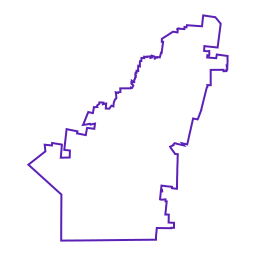 outline of José María Morelos, Quintana Roo, Mexico
{"feature_id": "50627088B89953909022202", "entity_name": "José María Morelos", "entity_type": "district", "adm_level": 2, "iso_a3": "MEX", "parent_name": "Mexico", "parent_adm1": "Quintana Roo", "projection": "albers", "projection_center": [-88.782, 19.708], "detail": "fine", "context": "isolated", "style": "outline", "palette": "violet", "viewbox_px": 256, "rotation_deg": 0, "n_neighbors": 0, "source": "geoboundaries", "source_scale": "gbopen_adm2", "svg_char_len": 4369}
<svg xmlns="http://www.w3.org/2000/svg" viewBox="0 0 256 256"><path d="M61.2,240.6L87.7,240.4L134.0,239.9L136.8,239.9L143.8,239.8L145.9,239.8L156.0,239.7L156.0,236.1L156.5,231.5L156.8,228.0L171.1,228.2L171.1,227.8L174.0,227.8L174.0,222.8L171.0,222.7L168.6,222.5L168.8,214.6L165.3,214.5L165.9,209.7L166.1,207.3L166.5,203.4L166.7,201.4L165.5,201.3L165.5,199.4L161.2,199.7L160.4,199.4L160.0,199.3L160.6,194.0L160.8,191.5L162.2,191.4L162.1,189.9L161.0,190.0L161.5,185.6L167.6,186.4L172.0,186.8L171.9,188.2L176.9,188.8L177.0,186.3L177.0,184.1L177.1,179.9L177.1,177.6L177.2,175.4L177.3,171.7L177.3,168.9L177.6,161.0L177.6,159.2L177.6,158.4L177.8,154.2L175.1,154.0L175.0,153.8L174.9,153.6L170.5,147.5L170.5,147.4L170.1,146.7L173.4,145.2L173.2,144.7L174.6,143.2L175.1,143.4L176.3,143.5L176.5,143.7L176.8,143.8L183.9,145.4L182.2,143.3L187.2,144.4L188.2,140.3L188.9,137.0L193.1,118.5L197.6,119.4L198.6,117.1L198.7,116.7L198.8,116.6L200.0,113.4L201.0,110.7L201.2,110.4L201.3,110.2L201.2,110.0L201.2,109.9L201.2,109.7L201.3,109.5L201.3,109.4L206.7,87.8L207.4,87.0L207.3,85.1L210.7,85.2L210.7,84.1L210.7,76.2L210.7,69.9L223.5,69.8L223.5,70.9L223.5,71.2L226.4,71.1L226.4,69.7L227.2,69.7L227.3,66.7L226.8,66.7L226.6,65.3L227.4,65.2L227.6,60.4L227.5,58.4L227.6,56.0L223.3,55.4L216.8,54.5L216.2,58.2L207.2,57.5L207.4,55.2L209.1,55.5L209.4,54.0L209.2,51.0L208.3,51.2L206.2,51.2L205.0,51.0L204.1,50.9L204.1,50.4L204.4,46.1L205.0,46.2L217.6,47.5L220.7,23.7L218.2,20.7L217.7,20.0L215.3,17.2L203.2,15.4L202.8,18.9L202.0,26.3L186.9,25.2L186.5,27.3L184.5,27.0L184.4,29.1L179.0,28.7L178.9,28.4L178.2,28.4L177.2,29.0L177.2,29.3L177.7,30.0L177.5,32.4L173.0,31.7L161.9,38.8L161.8,39.7L161.8,41.8L163.1,41.8L162.8,44.0L162.7,45.0L162.5,46.3L162.2,48.6L161.6,53.0L161.0,52.8L160.4,55.2L159.8,57.4L158.6,57.2L157.1,57.0L156.9,57.7L155.8,57.4L154.9,58.7L154.6,58.6L154.8,56.8L154.0,56.4L151.9,55.7L151.9,56.1L152.3,56.3L152.5,56.5L152.4,56.9L152.2,57.2L152.1,57.3L151.8,57.6L151.6,57.6L151.1,57.7L150.7,57.8L150.4,57.9L150.4,57.6L150.4,57.4L150.4,56.9L150.5,56.7L150.5,56.3L148.9,56.5L148.7,56.5L148.2,56.5L147.8,56.6L147.1,56.6L147.1,57.0L146.8,57.0L146.7,57.0L146.3,56.9L145.3,56.8L144.1,56.7L144.1,57.2L144.1,57.6L144.2,58.1L142.8,58.0L141.5,57.9L141.4,59.5L141.3,61.0L140.2,60.9L140.1,61.1L140.0,61.5L139.9,61.7L139.9,62.1L139.9,62.7L139.9,63.0L139.9,63.4L139.9,63.5L139.9,64.0L139.9,64.7L139.9,65.3L139.9,65.7L139.9,65.9L139.9,66.2L139.9,66.4L139.6,66.3L139.4,66.2L138.8,66.0L138.5,65.8L138.3,65.7L138.2,66.0L138.2,66.4L138.1,66.6L138.1,66.8L138.2,71.0L136.6,70.7L136.5,72.8L135.6,72.7L135.3,75.0L135.9,75.3L135.7,76.9L135.7,77.2L135.1,77.3L134.9,79.0L134.3,79.6L134.2,82.2L133.9,82.3L133.4,81.9L132.8,82.3L132.5,82.1L132.7,81.3L131.8,80.7L131.8,80.8L131.4,81.8L131.8,82.2L131.6,82.7L131.4,83.1L131.3,83.6L132.4,84.6L133.3,85.5L132.6,87.0L132.1,87.9L130.8,87.5L130.6,88.2L130.6,88.3L129.1,88.3L127.8,88.3L127.2,88.3L125.9,88.3L125.0,88.3L124.0,88.3L123.2,88.4L122.4,88.3L120.2,88.4L120.2,88.8L120.3,89.2L120.3,89.9L120.4,90.3L120.4,91.2L120.4,92.0L117.9,92.4L117.9,92.9L115.7,92.3L115.8,93.0L116.1,94.5L116.2,96.3L116.4,98.0L115.9,98.8L115.4,99.0L115.1,99.4L114.9,99.7L114.7,100.3L114.0,101.8L113.7,103.4L113.5,105.3L113.4,106.4L111.4,105.7L110.9,106.4L109.9,107.9L109.3,108.7L108.8,108.7L105.8,108.5L105.9,106.9L106.2,103.5L103.0,104.2L103.4,102.7L102.8,102.7L101.6,102.5L99.7,102.4L99.4,102.4L99.1,104.1L97.9,104.9L97.3,105.3L97.2,105.4L97.2,105.9L97.2,106.0L97.2,106.4L97.2,106.6L97.3,107.0L96.9,107.0L96.1,107.1L95.8,107.1L95.5,107.1L95.3,107.1L95.2,107.1L94.7,107.1L94.4,107.1L93.9,107.1L93.9,107.3L93.9,107.6L93.8,107.8L93.8,108.2L93.7,108.5L93.6,109.1L93.4,110.5L93.3,110.8L93.1,112.0L93.0,112.5L93.0,112.8L92.9,113.1L92.6,113.1L92.4,113.0L92.2,113.0L91.6,112.8L90.7,112.6L90.3,112.5L89.7,112.4L88.9,112.2L88.3,112.0L87.7,113.5L87.1,114.8L86.9,115.4L86.6,116.2L83.5,123.9L83.4,124.1L83.0,124.9L84.2,124.8L84.3,124.8L90.1,123.8L90.4,124.6L94.3,123.7L94.5,123.7L95.0,123.6L94.5,127.3L94.3,128.8L87.1,127.9L86.9,128.7L85.8,135.1L79.2,133.8L77.0,133.4L77.4,131.3L70.8,130.0L68.9,129.6L66.6,129.1L64.5,147.9L64.3,149.9L69.9,150.5L69.7,157.5L60.8,157.7L61.9,144.6L52.1,143.0L51.9,145.5L51.3,145.4L44.7,144.7L45.4,151.4L42.0,154.0L38.5,156.8L34.0,160.3L30.4,163.1L28.4,164.7L56.8,190.4L57.9,191.4L61.4,194.5L61.2,227.8L61.2,232.4L61.2,240.6Z" fill="none" stroke="#5b21b6" stroke-width="2"/></svg>